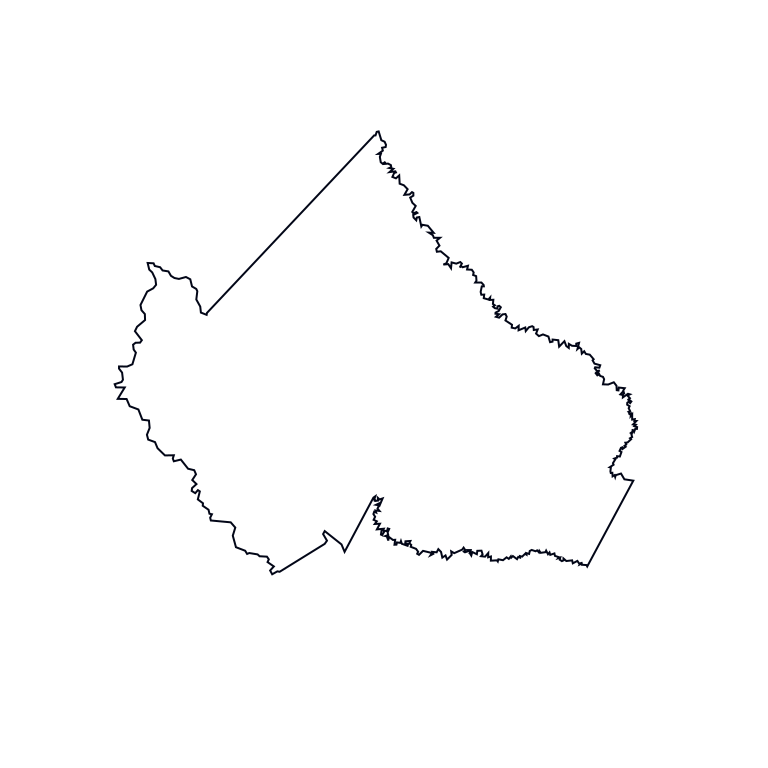 Aguarico, Orellana, Ecuador (Mercator projection), rotated 208°
{"feature_id": "8360857B665042104792", "entity_name": "Aguarico", "entity_type": "district", "adm_level": 2, "iso_a3": "ECU", "parent_name": "Ecuador", "parent_adm1": "Orellana", "projection": "mercator", "projection_center": [-76.096, -0.984], "detail": "fine", "context": "isolated", "style": "outline", "palette": "ink", "viewbox_px": 768, "rotation_deg": 208, "n_neighbors": 0, "source": "geoboundaries", "source_scale": "gbopen_adm2", "svg_char_len": 6166}
<svg xmlns="http://www.w3.org/2000/svg" viewBox="0 0 768 768"><g transform="rotate(208 384 384)"><path d="M616.7,262.5L621.7,257.4L619.1,255.2L611.3,259.2L612.1,245.9L604.2,249.9L598.1,245.0L588.9,246.2L580.6,239.0L574.4,241.4L570.3,235.2L569.5,227.9L566.1,224.2L558.9,225.2L553.8,221.0L543.9,218.1L536.1,222.4L535.5,219.1L533.3,217.1L527.9,221.9L517.2,217.2L511.1,218.8L507.6,216.0L508.2,209.2L502.6,207.6L504.6,202.0L503.6,199.3L499.4,199.0L498.5,202.9L496.2,202.7L494.2,194.7L487.8,193.7L486.9,191.4L479.9,190.6L477.2,187.5L474.8,188.2L474.7,184.3L472.8,182.2L454.4,189.9L447.9,187.4L446.3,179.1L438.1,170.4L428.3,171.6L425.1,169.7L423.6,171.5L415.6,174.2L413.0,173.5L406.3,176.6L403.4,175.1L403.2,172.1L395.6,171.2L397.0,165.9L393.4,163.5L390.2,168.5L388.0,169.2L361.3,215.0L360.8,218.9L367.3,222.9L367.3,226.3L346.2,222.4L340.0,217.3L340.0,278.7L339.0,280.7L338.3,277.4L337.0,276.0L337.6,277.9L336.6,276.8L334.5,278.3L336.0,280.6L333.7,280.0L331.5,282.3L330.9,275.3L332.2,276.4L334.3,273.6L331.5,274.5L331.2,270.9L328.4,269.8L332.2,268.3L330.6,266.8L332.7,266.6L332.3,264.2L329.5,262.6L329.4,259.2L325.9,259.4L326.4,256.1L322.0,258.7L322.0,252.3L316.3,256.1L316.3,254.2L317.7,254.3L316.0,249.6L314.7,249.7L314.4,254.8L312.3,255.5L312.9,258.2L311.4,258.5L311.1,254.6L309.4,252.7L311.4,250.4L310.0,250.8L306.7,247.8L308.0,251.3L302.9,250.5L301.0,251.7L299.3,247.0L297.6,248.0L298.2,250.2L295.0,251.4L295.3,253.3L293.2,251.3L287.2,252.2L287.6,254.1L290.5,253.4L291.2,255.2L287.0,257.8L286.9,255.3L284.4,254.7L284.0,252.8L278.3,253.5L275.1,251.9L275.0,249.7L272.9,249.6L271.2,255.0L262.3,257.3L262.5,254.6L260.7,257.2L262.5,258.5L258.5,260.1L258.5,263.7L254.8,262.5L251.0,258.1L249.2,261.5L245.9,258.6L244.0,264.8L246.1,267.8L242.6,267.6L237.2,274.5L236.9,276.9L234.3,275.5L234.9,273.5L233.5,273.4L230.8,276.3L232.5,276.5L229.5,278.1L229.0,275.1L227.5,275.9L227.8,274.3L226.4,273.5L227.2,277.1L222.1,277.3L223.3,280.5L219.7,282.6L217.0,279.9L217.5,277.5L213.7,279.0L212.6,283.7L210.7,279.9L208.6,281.9L206.7,278.2L201.5,281.3L200.2,280.7L200.7,282.9L196.2,284.3L194.4,288.5L191.7,288.2L191.1,291.4L190.1,290.5L189.4,292.6L184.3,291.8L184.3,294.3L182.4,294.6L183.2,295.9L181.0,296.4L179.7,300.3L178.1,300.2L179.0,301.5L176.1,302.1L176.9,305.0L175.7,306.8L171.6,307.5L170.7,309.0L168.2,308.1L168.5,309.6L166.4,308.5L162.5,311.3L162.6,313.0L159.3,310.7L158.8,313.0L157.0,311.2L154.0,314.4L152.4,312.5L148.2,313.2L148.4,312.0L146.9,313.6L146.4,311.4L143.8,311.1L142.7,312.5L143.6,314.2L139.9,313.3L135.1,316.6L133.1,314.3L130.2,318.6L127.3,317.0L126.4,317.9L126.4,316.6L125.1,318.3L124.4,317.3L120.2,319.2L118.9,318.3L118.5,415.7L127.0,412.7L132.7,416.2L136.6,412.3L136.2,410.4L137.6,411.8L138.8,409.8L140.7,412.8L142.0,411.9L143.1,413.2L144.5,416.8L145.6,416.5L143.4,420.5L144.7,421.6L144.4,426.0L145.7,426.2L143.7,428.4L144.3,429.7L141.7,430.7L142.4,435.4L144.6,435.5L144.8,438.9L143.9,439.9L142.9,438.6L141.2,442.0L142.6,442.3L141.7,444.3L143.3,445.5L141.5,446.7L139.9,451.2L141.3,451.6L140.0,453.7L142.4,456.2L141.2,457.0L143.0,456.8L142.1,458.8L143.4,460.7L140.7,459.0L141.1,462.4L139.6,463.1L140.3,464.8L143.2,464.3L142.6,466.2L145.1,465.3L143.8,469.8L145.6,468.9L146.1,470.7L148.2,469.1L150.6,473.7L151.1,471.5L152.1,473.9L153.7,472.1L153.3,473.8L155.0,474.2L153.9,475.6L156.6,477.5L156.7,479.7L159.6,479.9L160.4,481.7L159.7,483.1L157.7,482.7L157.4,484.7L160.3,485.2L161.3,484.1L160.2,486.9L163.6,488.1L162.0,490.3L164.0,489.9L166.8,484.3L167.8,486.4L170.4,485.8L169.6,488.8L167.0,487.8L169.7,490.6L169.5,493.3L175.0,491.1L174.0,488.4L175.6,487.8L177.9,491.6L181.9,493.4L185.8,488.8L190.5,486.5L191.9,491.6L194.0,493.1L196.9,492.6L199.4,494.3L201.1,493.7L199.0,492.7L199.7,491.8L202.1,492.9L199.9,497.3L201.8,495.4L205.3,496.8L205.4,497.9L201.5,499.5L201.9,502.1L207.7,500.8L210.9,502.8L210.5,504.3L216.1,506.5L219.9,505.3L222.6,506.9L223.6,503.7L226.3,507.5L228.7,508.0L229.6,505.7L231.1,511.9L233.2,509.9L232.1,507.8L236.0,506.0L239.6,506.2L237.8,502.6L240.9,503.1L244.8,506.5L246.9,499.2L250.7,504.5L256.0,502.4L255.1,500.5L257.0,498.9L261.1,503.1L266.9,502.4L269.7,499.0L273.4,499.9L273.9,504.3L277.1,502.0L278.7,504.5L280.3,504.6L282.7,502.1L283.7,497.3L285.8,500.2L290.4,494.6L292.4,498.6L294.2,494.7L297.7,493.7L298.8,496.4L306.6,497.1L307.3,501.1L309.6,502.8L312.0,501.1L313.5,496.6L316.7,495.9L315.2,499.6L318.6,498.4L319.0,499.4L317.0,502.3L316.9,506.6L319.0,507.1L320.2,505.9L319.2,503.8L321.8,503.0L324.0,503.5L323.1,505.5L325.4,505.8L327.0,509.7L330.0,507.9L330.9,510.2L331.5,507.6L336.2,506.6L337.5,510.0L340.0,508.5L341.9,510.7L343.5,516.1L341.7,517.1L342.5,518.2L345.6,519.3L351.1,516.4L350.9,518.7L353.3,522.5L356.5,522.1L357.2,524.6L360.1,526.1L364.4,524.1L365.4,527.8L369.4,524.0L371.3,524.3L371.8,522.4L371.8,526.9L373.9,527.5L376.7,524.2L381.4,523.1L379.2,517.7L383.5,520.0L387.7,517.3L385.6,519.9L386.1,525.7L396.2,527.8L399.4,525.6L401.3,527.8L400.0,532.2L404.9,535.3L403.2,539.4L408.6,536.5L410.7,538.3L415.5,538.7L411.1,540.8L419.6,544.3L424.8,542.6L425.0,540.6L431.2,548.0L433.2,546.4L432.4,543.7L436.1,544.9L437.6,547.0L434.9,550.7L436.1,551.0L438.2,548.5L439.8,549.2L439.6,556.1L444.0,557.3L448.4,560.9L446.5,564.1L447.8,566.5L449.4,566.5L450.4,563.4L454.8,560.6L454.6,567.1L459.8,568.8L464.2,568.2L468.5,575.3L470.0,571.2L473.8,570.8L474.1,575.1L472.8,576.4L473.8,577.1L478.6,573.7L476.8,578.4L480.7,577.2L479.4,578.9L480.7,580.5L483.9,580.5L487.1,578.4L487.1,580.8L488.6,577.8L491.0,578.3L494.3,582.6L494.8,585.8L497.2,584.4L494.6,589.5L496.6,591.7L493.8,594.0L494.5,596.1L497.2,598.2L500.8,598.0L507.3,604.5L508.8,603.2L508.2,599.5L509.4,598.9L573.7,363.6L573.1,361.8L579.2,361.1L582.6,366.1L589.4,370.5L592.4,378.3L594.4,379.8L599.3,380.0L604.2,385.5L609.1,385.5L614.4,380.5L618.8,379.2L622.9,379.5L627.2,382.2L632.8,380.3L636.5,382.0L641.8,380.6L644.1,382.4L649.5,379.9L645.0,374.8L641.0,373.7L635.1,369.3L631.8,364.6L632.7,360.1L636.5,354.4L636.1,339.4L632.8,335.3L628.0,333.5L625.0,328.3L628.9,318.6L628.7,313.7L618.4,309.0L618.8,306.0L622.7,303.8L624.0,300.9L621.2,296.9L617.8,295.2L615.4,283.3L619.0,278.8L626.2,275.1L625.2,273.2L620.6,271.1L616.5,265.2L616.7,262.5Z" fill="none" stroke="#020617" stroke-width="2"/></g></svg>